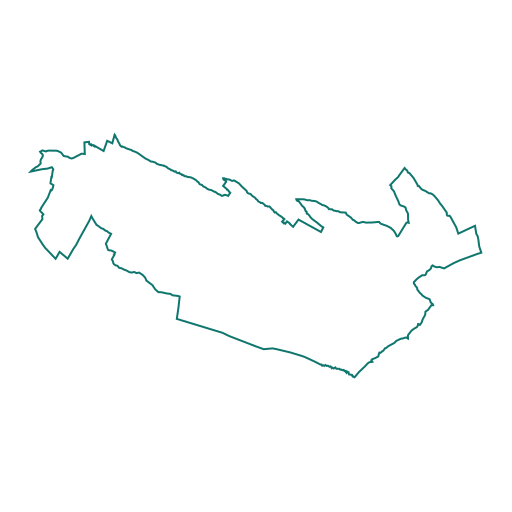 outline of Chiautempan, Tlaxcala, Mexico
{"feature_id": "50627088B45531222113542", "entity_name": "Chiautempan", "entity_type": "district", "adm_level": 2, "iso_a3": "MEX", "parent_name": "Mexico", "parent_adm1": "Tlaxcala", "projection": "natural_earth1", "projection_center": [-98.139, 19.289], "detail": "fine", "context": "isolated", "style": "outline", "palette": "teal", "viewbox_px": 512, "rotation_deg": 0, "n_neighbors": 0, "source": "geoboundaries", "source_scale": "gbopen_adm2", "svg_char_len": 6041}
<svg xmlns="http://www.w3.org/2000/svg" viewBox="0 0 512 512"><path d="M94.3,145.6L94.3,146.3L91.3,144.4L91.1,145.3L89.2,144.1L89.0,141.8L84.4,142.4L84.8,154.0L81.9,153.7L81.2,153.9L73.5,157.9L71.7,158.5L69.4,157.9L68.2,156.8L63.7,156.0L61.1,152.6L57.6,150.9L56.3,150.7L48.7,150.6L46.6,151.0L46.0,151.5L42.5,150.4L40.1,151.7L40.8,152.8L42.3,154.0L42.9,155.6L42.4,157.1L40.9,159.5L40.4,161.3L40.7,163.1L40.5,163.7L37.8,166.3L35.9,167.2L32.1,170.1L30.7,171.6L42.0,169.2L47.5,168.6L51.8,167.2L53.3,169.3L52.7,170.9L51.8,177.2L51.4,177.1L50.5,182.6L50.5,183.4L53.4,185.1L53.0,187.4L51.8,190.2L51.4,190.5L50.7,190.1L47.8,197.7L41.1,208.0L41.1,208.7L39.8,210.2L40.0,210.8L43.4,214.3L42.1,216.0L42.4,219.2L35.1,228.9L36.4,232.0L38.0,237.2L43.2,245.2L45.2,247.9L55.6,258.8L59.6,251.9L67.7,258.7L73.3,249.0L76.4,244.5L79.0,239.3L89.2,220.9L91.3,216.1L92.2,217.9L96.6,225.0L97.5,225.4L101.4,228.3L103.3,228.9L105.3,230.6L107.0,231.1L108.5,232.5L111.1,233.8L105.9,243.7L108.0,249.8L109.0,250.3L110.8,250.4L112.3,251.0L115.1,252.5L114.0,254.6L114.4,254.8L111.8,259.4L112.8,261.0L113.4,263.3L113.9,264.1L115.5,265.3L117.5,265.8L119.0,267.7L119.9,268.1L121.4,268.2L123.5,269.4L126.5,270.5L129.3,272.1L131.9,272.6L133.8,272.0L134.8,272.2L136.4,273.1L139.1,272.6L142.5,274.8L144.8,277.2L145.6,278.5L146.3,280.5L152.4,285.1L155.1,289.2L158.3,292.1L161.7,292.3L166.9,293.5L170.5,293.9L172.5,295.3L177.7,295.9L179.7,296.5L178.4,308.0L176.8,318.9L222.5,332.8L229.3,336.1L254.9,346.0L263.7,349.2L272.5,348.4L275.9,349.0L290.5,352.5L301.7,355.9L304.8,357.0L314.7,361.6L320.6,364.6L321.5,364.5L322.1,365.7L323.4,365.3L324.2,365.9L325.5,365.0L326.5,365.9L328.0,365.7L329.5,366.8L330.6,366.4L331.7,368.1L332.3,367.6L333.6,368.5L335.3,367.4L336.4,368.8L339.4,368.8L340.3,369.7L341.1,369.5L342.3,370.2L343.7,369.9L344.5,371.1L345.7,370.9L345.9,372.1L346.6,372.9L347.3,371.7L348.5,372.2L349.0,374.4L352.0,374.9L352.2,375.8L352.9,376.6L353.3,376.4L354.3,377.3L355.0,376.8L359.1,371.9L365.0,366.3L367.7,363.4L369.4,362.2L372.4,361.8L372.2,361.4L371.3,361.0L371.3,360.3L372.2,359.2L375.0,358.2L378.3,356.4L378.7,354.6L379.4,352.6L380.6,352.8L382.1,351.4L383.4,350.6L385.0,348.3L386.0,348.1L388.4,346.1L394.4,342.9L396.3,340.9L400.9,338.7L402.8,338.5L405.7,337.5L406.2,337.5L408.0,338.6L408.1,337.7L407.8,336.9L408.1,335.0L411.6,330.5L414.2,328.6L416.9,327.1L417.9,325.4L418.1,324.0L418.5,324.0L419.9,324.9L421.6,322.5L422.8,319.1L425.1,315.0L425.5,311.6L428.1,309.8L431.3,305.3L433.1,305.2L432.6,303.9L431.8,303.5L430.6,302.1L429.6,299.2L425.9,297.8L422.4,295.5L421.5,294.3L419.8,292.8L417.3,289.5L417.1,287.8L415.5,286.0L414.9,284.7L413.9,283.5L413.9,282.1L416.6,279.3L419.0,277.3L422.1,275.3L424.8,275.2L425.6,274.7L427.0,271.4L429.0,270.3L430.2,269.3L431.0,268.2L431.6,266.2L432.6,265.4L434.3,266.5L437.0,267.3L439.3,266.9L444.1,268.4L453.7,263.1L459.9,260.3L477.4,253.9L481.3,252.7L479.2,246.3L478.4,239.8L477.9,237.3L477.5,235.8L476.3,233.9L475.0,225.8L458.3,233.6L456.2,227.3L450.8,217.4L449.7,215.8L448.0,215.8L447.2,215.5L446.8,214.7L446.8,212.7L442.1,205.9L440.3,203.8L437.9,200.1L434.5,196.1L432.8,194.5L430.6,193.3L429.1,193.3L425.1,190.8L422.4,189.8L420.9,188.5L419.0,186.1L418.2,186.2L417.7,185.9L417.7,185.1L413.5,177.9L409.3,172.9L408.3,172.8L407.8,172.3L407.5,171.3L406.9,170.3L406.2,169.9L404.6,168.0L399.0,175.6L398.3,176.9L395.3,179.6L390.2,185.1L391.4,186.2L391.3,188.3L394.0,191.4L395.6,195.5L398.4,201.3L399.2,203.9L400.0,205.0L400.9,205.5L403.6,206.4L405.2,207.2L405.6,207.8L406.1,210.1L407.5,212.6L408.0,213.9L408.1,219.7L408.7,222.8L407.3,222.4L406.3,222.9L398.2,236.1L397.1,236.4L396.7,236.1L395.8,234.0L393.9,230.9L390.7,227.9L386.9,225.9L381.2,223.9L380.2,223.2L379.0,221.9L372.1,222.5L366.0,222.6L362.9,221.9L359.0,223.0L357.9,223.0L355.7,221.7L353.7,220.0L352.8,219.8L351.0,217.6L346.8,214.7L345.7,212.6L340.7,212.3L339.7,212.1L338.4,211.2L336.5,211.2L335.1,210.7L333.8,210.6L332.6,209.9L332.1,209.3L329.0,209.2L328.4,208.1L326.7,206.7L324.2,205.4L322.4,205.1L320.9,204.1L318.5,202.9L317.1,201.8L314.8,201.0L311.6,200.8L309.9,200.2L306.9,200.2L304.9,199.5L303.5,199.3L296.3,199.2L296.4,199.8L297.4,201.0L298.3,201.0L299.0,201.5L302.6,206.4L303.4,206.7L304.3,208.1L304.8,208.4L305.0,209.7L305.5,210.5L305.7,211.2L306.3,211.4L306.8,212.2L306.6,213.2L306.9,213.7L308.0,214.1L309.5,215.7L310.5,217.3L312.3,219.1L316.9,222.5L321.3,226.2L323.3,227.4L321.0,232.0L298.5,219.6L293.1,226.8L290.1,224.2L289.9,223.9L290.0,223.7L289.7,223.3L287.0,221.4L285.3,223.7L284.2,222.8L283.8,223.3L282.1,221.7L284.4,219.1L283.9,218.6L283.0,218.3L282.8,217.8L280.2,215.8L279.7,215.7L276.9,213.5L275.8,212.2L274.7,212.5L273.7,211.3L273.4,210.3L272.0,209.3L269.6,206.6L269.2,206.4L267.9,206.6L266.9,206.1L265.2,205.8L264.9,205.0L262.3,202.9L260.8,203.0L260.4,202.5L258.4,201.5L257.1,199.8L256.1,199.1L254.9,197.6L252.4,196.0L250.4,193.9L248.8,193.6L247.7,193.0L247.0,192.1L246.6,190.9L241.6,186.3L239.0,183.4L234.0,180.4L232.5,180.9L231.8,180.8L229.5,179.6L227.2,179.3L226.3,178.9L225.6,178.9L224.0,178.2L223.1,178.3L223.6,179.6L226.0,181.1L226.1,181.9L223.1,185.9L226.7,189.0L227.0,189.7L227.6,189.7L228.5,190.6L228.6,191.2L230.2,192.7L228.2,195.9L226.3,195.1L225.2,194.9L224.2,194.9L223.9,195.3L221.8,195.9L219.9,194.6L217.9,193.9L215.2,191.8L214.4,191.8L211.4,190.1L208.5,189.5L206.9,188.6L205.6,187.5L203.3,186.4L201.9,184.9L200.1,184.4L199.4,183.9L198.5,182.2L197.4,181.6L196.0,180.1L193.1,178.4L190.6,177.3L187.3,176.9L186.0,176.2L184.4,176.2L183.6,175.1L182.0,175.1L181.7,174.3L180.2,173.9L179.2,172.7L178.6,173.1L177.8,173.1L176.4,172.5L175.7,171.4L174.3,171.6L173.5,170.9L172.1,170.3L171.3,170.3L170.9,169.7L168.0,168.3L166.7,167.0L165.3,166.3L164.3,166.1L164.1,165.7L159.5,164.8L156.6,163.7L155.9,162.9L154.9,162.4L152.7,161.7L150.8,161.5L148.3,159.9L145.4,158.5L137.7,153.0L134.9,151.6L132.9,151.1L131.6,150.1L126.1,148.3L124.8,147.4L123.2,147.0L122.2,146.4L121.5,146.7L120.0,145.2L119.2,143.3L118.1,141.6L117.3,139.4L116.0,137.7L115.2,135.4L114.6,134.7L112.3,143.3L107.2,140.8L103.6,151.0L94.3,145.6Z" fill="none" stroke="#0f766e" stroke-width="2"/></svg>